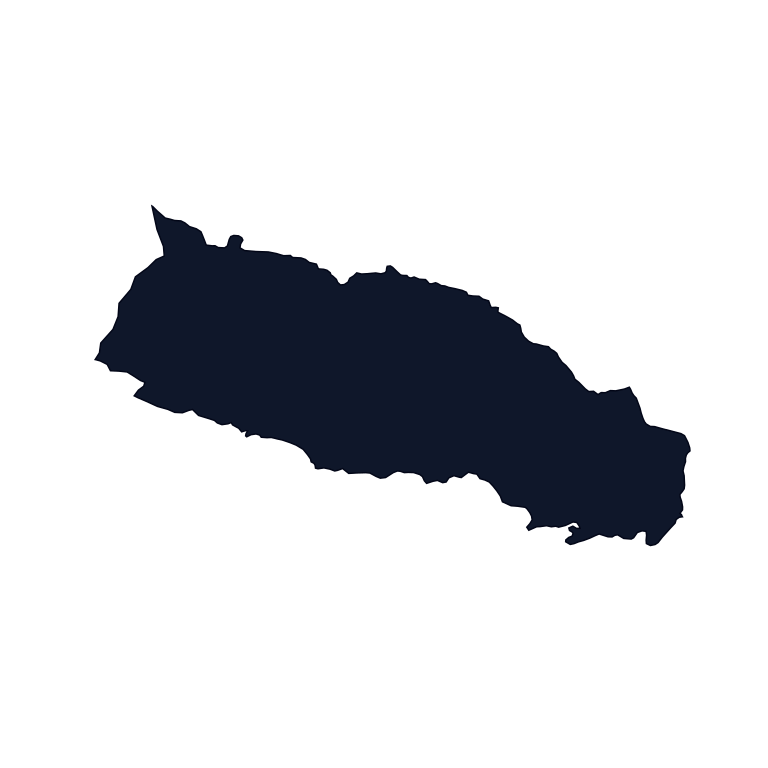 outline of Porkpa, Grand Cape Mount, Liberia, rotated 246°
{"feature_id": "62588387B76680524179510", "entity_name": "Porkpa", "entity_type": "district", "adm_level": 2, "iso_a3": "LBR", "parent_name": "Liberia", "parent_adm1": "Grand Cape Mount", "projection": "equal_earth", "projection_center": [-11.08, 7.305], "detail": "fine", "context": "isolated", "style": "filled", "palette": "ink", "viewbox_px": 768, "rotation_deg": 246, "n_neighbors": 0, "source": "geoboundaries", "source_scale": "gbopen_adm2", "svg_char_len": 4587}
<svg xmlns="http://www.w3.org/2000/svg" viewBox="0 0 768 768"><g transform="rotate(246 384 384)"><path d="M640.9,244.4L617.5,239.5L599.4,238.5L590.3,235.3L590.3,226.5L586.3,215.7L583.0,200.5L573.4,191.2L565.5,174.8L553.7,168.5L544.1,158.6L536.6,141.9L528.2,136.7L524.0,130.4L523.8,130.1L523.2,130.9L520.5,134.2L514.5,139.1L507.4,139.5L503.6,147.1L499.5,154.2L493.8,158.1L486.2,163.0L482.8,166.3L479.7,163.6L478.3,157.2L474.8,151.0L471.5,153.7L466.0,158.8L455.6,168.0L448.8,176.2L443.2,181.3L439.7,188.2L439.3,195.0L438.6,198.7L430.7,201.8L423.6,210.0L419.7,214.3L416.2,215.9L412.8,219.4L411.1,225.3L410.9,228.8L408.3,229.0L404.7,231.7L402.7,233.3L398.2,234.5L397.7,238.6L396.6,240.4L394.8,237.8L392.9,236.5L391.6,237.1L391.8,241.9L390.4,246.8L387.9,249.7L385.3,250.2L382.6,255.2L381.0,259.3L378.9,262.1L377.3,264.1L374.4,268.1L373.7,268.9L368.8,274.2L363.9,278.9L357.2,283.6L350.6,285.4L345.5,286.4L342.5,285.8L340.0,287.8L337.7,288.0L335.0,287.2L333.4,289.2L331.8,295.0L328.1,300.1L324.6,303.6L324.0,306.4L323.6,311.8L316.7,315.4L313.7,323.3L310.4,331.3L308.4,334.9L302.8,339.2L299.5,342.3L297.9,347.4L299.3,356.5L299.1,360.8L298.3,362.3L297.4,363.7L294.8,366.5L293.4,370.2L291.2,374.7L291.1,375.0L286.7,379.9L283.7,381.5L279.2,381.5L275.9,382.5L275.2,389.3L274.2,393.6L270.0,397.5L269.2,400.9L271.9,405.1L271.8,410.6L268.2,414.9L267.1,416.6L268.1,420.9L269.1,425.2L267.6,427.1L265.9,429.1L263.9,432.2L258.5,433.2L255.6,436.7L255.5,436.9L251.6,440.3L246.4,442.1L240.6,443.6L237.2,444.2L234.4,444.7L228.2,444.3L221.1,450.6L218.1,456.2L213.9,462.9L211.8,463.9L207.3,464.9L203.4,465.1L199.6,464.1L197.1,460.5L195.1,456.2L191.5,456.8L191.5,461.7L191.5,465.4L190.2,468.7L189.5,471.2L188.4,474.9L185.5,478.8L184.2,483.1L182.2,485.3L181.0,492.1L181.1,500.5L179.1,503.8L175.3,504.5L175.2,504.6L172.4,504.4L173.8,501.1L177.3,498.7L177.3,494.3L174.7,493.9L172.4,495.6L170.6,496.0L168.5,493.9L168.7,490.4L167.6,486.7L166.0,485.8L161.7,488.9L160.9,492.6L160.7,497.5L159.9,502.7L159.5,509.2L159.6,515.2L159.5,519.5L153.3,526.5L151.5,530.2L151.9,533.3L151.2,536.1L149.1,537.6L145.4,540.2L141.8,546.8L142.0,549.5L145.3,555.0L144.9,560.0L142.8,563.5L139.1,562.4L134.6,559.9L131.5,558.8L128.1,561.7L127.1,566.4L127.7,569.9L130.9,575.9L136.0,587.3L138.5,593.3L141.4,595.8L142.2,599.5L141.3,602.6L142.3,602.5L143.7,602.6L145.4,601.8L146.3,603.2L146.7,603.9L147.6,605.5L150.3,606.8L155.7,608.1L160.1,608.5L162.7,609.3L164.4,612.7L165.4,614.3L166.2,615.6L169.4,617.5L170.5,617.9L178.2,620.9L183.0,621.8L186.5,624.3L189.7,627.2L190.3,627.8L191.0,628.1L193.6,629.2L196.2,631.3L197.6,633.5L198.4,636.3L201.3,637.3L205.2,637.7L206.8,637.9L211.5,637.7L214.6,637.5L217.9,635.1L219.9,632.6L223.1,628.6L227.3,623.4L228.0,622.4L231.0,618.7L235.0,613.9L236.7,610.5L236.9,610.0L240.9,607.2L242.4,606.9L243.4,606.6L247.4,606.6L252.7,607.1L257.8,608.0L268.5,608.7L271.8,607.5L274.9,607.0L278.9,607.1L281.3,606.8L281.6,601.7L281.9,600.2L283.5,592.9L285.9,588.1L286.0,582.7L287.8,578.9L287.3,575.2L291.9,572.6L292.1,572.5L293.8,568.0L297.6,565.9L306.4,562.6L310.8,560.3L314.3,560.5L318.6,560.1L326.9,557.7L331.4,555.5L337.8,554.3L341.7,554.3L344.4,553.0L344.8,552.8L348.1,550.4L351.2,549.4L353.9,545.1L358.6,539.4L360.0,536.8L364.3,533.5L369.8,531.2L375.6,530.6L379.4,531.6L382.6,532.1L384.9,530.2L390.1,527.5L394.4,524.3L396.4,522.8L402.7,517.7L403.8,517.4L407.1,519.4L408.6,517.3L410.2,513.1L412.8,513.0L417.4,513.4L421.5,508.7L425.5,506.5L428.3,500.9L431.0,496.7L434.3,496.6L437.7,493.5L442.4,487.4L446.0,482.3L448.8,479.5L450.6,476.3L454.0,473.8L455.5,472.3L456.1,468.3L457.2,466.1L458.0,465.9L460.1,465.3L462.5,464.4L465.4,458.8L469.5,455.0L469.8,451.7L471.5,449.7L473.8,449.0L475.6,445.2L476.9,443.5L481.3,441.6L487.1,439.3L489.3,437.8L490.2,434.8L488.8,433.6L486.1,432.0L485.2,430.2L485.9,426.0L488.8,421.6L491.1,414.9L491.3,414.2L493.6,408.2L496.6,404.3L495.1,400.3L494.5,395.7L491.7,392.6L491.0,388.2L492.2,384.5L495.6,383.0L499.0,383.0L502.7,381.4L503.2,381.2L505.3,379.9L507.5,380.1L511.1,378.2L513.3,375.6L515.3,371.9L515.9,370.9L521.0,371.0L525.5,365.1L529.7,362.9L530.1,362.5L532.9,359.5L535.0,355.4L536.7,352.0L539.5,350.7L542.0,344.5L544.1,342.0L546.9,338.8L551.5,332.3L551.7,332.0L557.1,320.9L562.6,310.9L567.0,307.8L570.3,310.0L572.9,313.6L575.5,313.5L578.5,311.4L580.8,307.2L581.0,304.0L579.1,301.5L573.8,297.1L573.2,293.7L576.1,288.0L579.0,285.9L580.2,283.1L583.2,278.1L588.6,278.4L593.2,278.6L597.5,278.7L602.1,275.7L606.9,270.3L612.2,267.6L615.6,264.8L618.6,259.1L621.6,255.6L624.6,251.6L634.2,247.2L634.7,247.0L640.2,244.9L640.9,244.4Z" fill="#0f172a" stroke="#020617" stroke-width="1.5"/></g></svg>